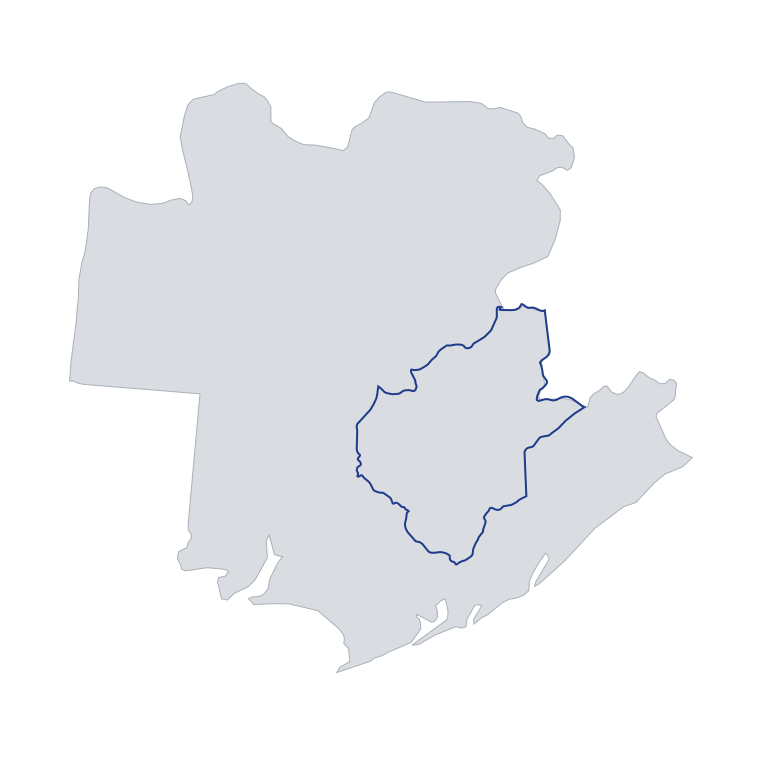 Ngounié highlighted on a map of Gabon, rotated 275°
{"feature_id": "GAB-2622", "entity_name": "Ngounié", "entity_type": "Province", "adm_level": 1, "iso_a3": "GAB", "parent_name": "Gabon", "parent_adm1": "", "projection": "orthographic", "projection_center": [11.097, -1.69], "detail": "fine", "context": "in_parent", "style": "outline", "palette": "blue", "viewbox_px": 768, "rotation_deg": 275, "n_neighbors": 0, "source": "natural_earth", "source_scale": "10m", "svg_char_len": 7239}
<svg xmlns="http://www.w3.org/2000/svg" viewBox="0 0 768 768"><g transform="rotate(275 384 384)"><path d="M555.7,84.6L555.2,91.6L547.2,108.9L543.5,122.1L542.5,136.3L544.7,147.7L548.6,155.8L551.1,164.7L549.2,170.8L545.3,173.5L548.0,176.6L553.8,177.3L563.7,174.7L578.9,170.0L598.9,163.2L612.0,159.5L633.7,161.8L645.2,164.4L651.1,169.3L657.6,189.6L660.7,192.7L666.0,201.4L670.4,211.8L671.3,217.0L670.8,220.8L666.4,226.4L661.5,234.7L659.7,239.7L655.6,243.4L650.3,247.1L635.9,248.5L633.7,250.7L629.6,259.5L622.0,266.9L618.5,274.0L615.4,283.4L616.0,295.0L614.5,311.8L613.0,323.1L616.8,327.1L634.1,329.9L637.4,332.2L642.0,339.2L647.9,345.8L663.7,350.0L669.9,355.0L674.8,360.6L675.5,365.1L671.9,383.3L668.4,400.8L669.7,414.1L671.0,426.8L672.9,445.3L672.0,456.6L667.6,463.5L667.5,468.9L669.6,475.5L665.6,493.5L663.0,496.5L655.9,499.9L652.2,504.7L651.0,512.3L647.2,522.7L643.3,526.5L643.2,531.3L647.0,534.9L646.9,540.3L639.9,546.7L635.6,551.7L626.2,554.0L615.4,551.5L612.9,547.9L615.5,542.3L614.6,537.8L610.9,533.1L605.1,521.0L600.0,518.5L597.2,523.4L588.4,532.6L572.9,544.4L562.0,545.3L542.0,541.7L525.2,536.0L517.3,522.2L512.4,510.8L505.3,497.5L497.2,491.2L488.6,487.2L484.8,486.9L472.5,494.3L468.8,497.2L468.8,503.4L470.0,509.1L471.9,511.9L473.5,515.7L473.2,521.4L471.0,529.1L470.2,537.7L431.7,546.0L425.0,543.0L420.2,539.1L414.3,539.8L397.6,544.2L391.5,541.1L385.4,538.9L382.6,540.7L382.3,544.4L385.2,564.4L384.3,572.0L380.5,582.0L378.6,588.8L388.8,590.7L392.5,593.8L396.0,598.8L401.0,603.6L401.3,606.4L395.7,611.6L393.8,618.1L396.4,623.1L403.4,628.4L413.5,633.8L418.5,637.4L418.0,640.7L413.3,647.7L411.5,653.6L408.3,658.9L408.9,663.8L413.5,668.4L413.0,672.5L409.9,675.6L403.6,674.9L398.2,675.3L393.4,674.1L378.4,658.2L375.2,657.8L353.4,669.9L348.0,675.0L343.5,682.1L337.5,697.7L327.6,688.6L319.0,672.1L309.1,661.9L288.1,645.4L282.5,633.3L258.6,606.6L224.1,579.9L199.2,556.7L195.4,551.6L199.6,552.2L223.7,563.7L227.0,562.4L229.7,559.8L219.3,553.8L209.4,549.0L200.1,546.0L190.8,546.3L185.6,541.4L182.2,534.0L180.5,527.6L176.4,520.9L163.1,507.2L159.9,501.9L152.7,494.6L157.1,493.6L171.3,500.6L172.5,497.8L171.3,493.7L157.1,487.2L149.3,486.7L147.6,482.1L148.6,476.8L138.4,456.7L127.8,441.7L126.2,434.6L154.7,467.2L158.5,467.8L163.5,467.5L175.3,463.8L173.1,459.5L167.7,454.8L162.6,456.9L155.9,457.4L152.4,455.4L150.8,452.1L157.5,436.2L154.6,437.0L152.4,439.9L148.8,441.2L143.1,442.0L129.0,433.6L116.6,410.7L113.3,406.0L110.0,398.0L106.8,394.8L92.5,362.2L98.0,364.6L104.4,374.0L117.1,372.0L122.0,366.6L126.3,366.8L130.7,365.5L136.2,360.4L152.4,337.9L156.7,308.4L155.3,290.8L152.9,273.4L158.3,267.8L160.4,271.5L161.4,277.7L163.9,282.3L169.7,286.4L180.4,287.4L197.0,293.9L202.9,298.0L204.5,289.8L223.5,282.8L217.8,280.3L200.8,283.0L177.6,272.6L169.9,266.0L162.7,253.4L155.2,246.8L155.8,240.9L172.4,235.4L176.8,236.0L178.6,242.5L183.1,245.2L184.8,244.3L185.6,238.7L185.6,223.8L180.5,202.5L182.1,198.4L186.7,196.9L190.7,194.0L193.6,193.5L199.2,194.0L202.1,199.0L203.6,201.7L209.3,203.0L214.0,205.6L218.0,204.9L221.3,201.8L226.3,201.2L241.4,201.2L255.2,201.2L282.7,201.3L310.1,201.4L337.5,201.5L358.2,201.6L358.1,189.4L358.0,170.5L357.9,148.3L357.7,126.9L357.6,107.2L357.5,83.9L358.6,77.2L360.0,74.4L359.5,70.5L380.7,70.3L419.1,72.0L435.9,71.8L440.7,72.1L461.6,71.0L478.6,72.4L485.9,74.1L492.3,74.9L512.7,75.9L539.2,74.7L548.3,75.0L553.3,78.3L555.7,84.6Z" fill="#d9dde1" stroke="#a8b0b8" stroke-width="1"/><path d="M470.6,494.2L469.4,492.9L468.3,492.6L467.9,494.0L468.7,504.9L469.6,509.0L471.7,512.2L475.6,514.0L475.2,515.7L473.4,518.6L472.6,520.1L472.4,521.6L473.2,525.8L472.5,528.7L471.1,532.2L470.4,535.4L471.5,537.7L431.5,546.2L428.3,545.9L425.3,543.8L421.8,539.5L420.0,538.2L419.0,537.5L415.8,539.1L411.6,540.5L407.9,541.2L405.7,542.1L402.3,545.2L400.6,546.2L398.9,546.1L397.1,545.1L393.7,542.4L392.9,541.5L392.5,540.7L391.9,539.9L390.5,539.2L385.4,537.7L381.7,537.5L381.4,537.6L380.6,539.6L382.8,545.5L383.2,547.7L382.4,553.3L382.5,555.0L383.3,557.2L385.8,561.2L386.8,563.5L387.3,566.1L387.3,568.2L386.8,570.3L385.9,572.8L378.5,584.8L378.3,585.6L371.2,576.4L363.2,568.1L355.2,561.7L349.4,555.1L347.5,553.3L347.0,552.5L345.1,545.4L344.6,544.5L343.8,543.5L335.4,538.4L334.6,537.6L334.1,536.7L333.8,535.7L333.6,534.7L333.3,533.7L332.7,532.7L332.0,531.7L330.9,530.9L329.8,530.3L328.4,529.9L284.7,535.6L280.6,529.1L279.1,527.4L278.7,527.2L278.3,526.8L277.9,526.4L275.2,522.4L274.5,520.9L272.7,514.0L272.5,513.5L272.1,513.1L270.3,511.7L269.4,510.8L268.8,509.7L268.5,508.2L268.5,507.1L268.7,506.0L269.9,502.7L270.1,501.7L269.8,500.7L268.7,500.0L266.7,499.3L264.6,497.6L260.3,495.2L259.4,495.2L258.4,495.8L257.5,496.5L256.6,497.0L255.5,497.2L254.4,497.1L247.3,495.4L245.3,495.4L244.3,494.9L243.1,493.9L242.1,493.3L239.8,491.8L236.6,490.9L233.4,489.2L228.3,487.5L226.3,487.2L222.9,487.1L222.0,487.0L221.1,486.6L220.1,485.9L219.2,485.0L215.9,480.9L215.3,479.9L214.1,476.8L213.5,475.8L212.1,473.8L210.7,472.3L210.5,471.5L211.5,470.5L212.3,469.8L212.9,468.9L213.0,467.9L213.2,466.8L214.2,465.6L215.2,464.9L216.2,464.7L217.2,464.7L218.1,464.5L219.0,464.1L219.8,462.7L220.7,460.7L221.3,457.5L221.5,455.7L221.4,454.3L220.3,449.1L220.1,447.1L220.1,445.2L220.5,444.1L221.0,442.9L228.1,436.1L229.6,433.2L230.1,429.2L238.8,420.2L241.8,418.3L243.1,417.8L244.7,417.3L247.2,417.1L248.8,417.3L251.2,417.8L257.2,417.9L258.3,418.6L259.5,419.6L260.2,418.8L260.5,417.9L260.8,417.0L261.2,416.2L262.3,415.7L262.9,414.9L263.1,414.0L263.1,413.1L263.4,412.1L263.9,411.2L264.8,410.4L266.1,408.5L266.6,407.4L266.8,406.5L266.6,405.5L266.1,404.8L265.6,404.0L265.7,403.5L265.8,403.2L266.3,402.8L270.0,401.1L270.8,400.5L271.3,400.0L275.4,393.0L275.6,392.0L275.4,390.1L275.4,389.1L275.8,387.1L276.7,384.0L277.3,383.0L278.3,382.2L283.4,379.1L284.5,378.1L285.5,377.1L288.4,372.7L289.2,371.8L290.1,371.2L290.8,370.5L291.1,369.7L290.8,368.7L289.5,366.8L289.5,366.0L290.0,365.5L292.4,366.1L293.5,365.6L294.3,365.0L295.3,364.5L296.4,364.4L297.8,364.6L298.9,365.0L299.8,366.0L300.3,366.9L301.2,367.7L302.3,367.9L303.6,367.5L304.6,366.8L305.8,365.1L306.7,364.5L307.8,364.5L309.9,366.0L310.9,366.3L311.7,365.8L313.0,364.1L313.9,363.5L315.0,363.0L317.0,362.5L335.1,361.4L339.2,360.5L340.4,360.5L341.7,360.8L357.2,372.7L363.1,375.5L369.0,377.6L372.3,378.1L381.1,378.5L379.2,381.5L376.5,384.6L375.7,385.9L375.2,387.1L374.6,392.9L374.6,393.9L375.0,395.6L375.3,398.1L375.5,399.2L375.9,400.1L376.5,401.1L378.4,403.2L378.7,403.5L379.0,404.1L379.6,406.0L379.8,407.4L380.1,409.4L379.9,411.1L379.5,413.0L379.8,414.7L380.5,415.6L381.5,416.0L383.5,416.6L384.5,416.6L385.5,416.3L387.5,415.4L390.5,414.7L397.5,410.3L398.5,409.9L399.5,409.7L400.5,409.8L400.8,410.1L400.8,410.6L400.6,411.5L400.5,413.2L400.8,415.3L401.7,418.4L402.3,419.4L405.9,424.4L407.5,426.1L412.4,429.6L416.0,433.1L416.9,433.7L420.7,435.4L421.6,436.0L423.7,438.0L427.3,442.4L427.9,443.5L428.0,444.1L428.0,446.0L428.2,447.2L429.6,452.0L429.9,455.7L429.7,458.1L429.5,459.0L429.4,459.2L428.9,460.1L428.3,460.8L427.6,461.5L427.3,461.9L427.0,462.3L426.8,462.9L426.9,463.8L427.1,465.0L428.1,467.3L429.1,468.1L430.2,468.8L431.1,469.1L432.1,469.8L438.8,478.9L440.1,480.4L446.3,485.6L447.3,486.2L459.8,490.5L460.7,490.5L467.8,489.9L468.9,489.9L469.8,490.2L470.5,490.5L471.0,492.0L470.6,494.2Z" fill="none" stroke="#1e3a8a" stroke-width="2"/></g></svg>